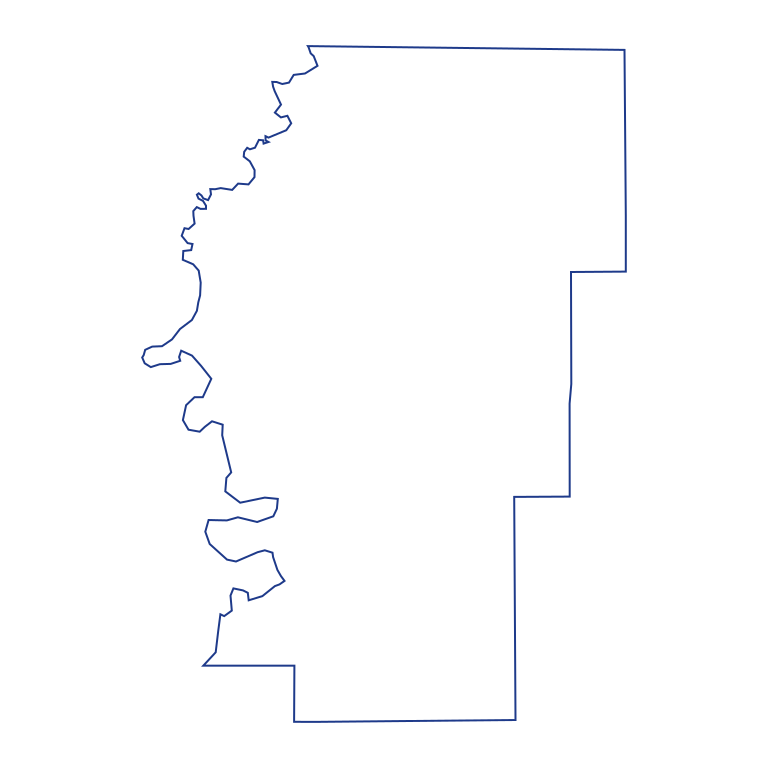 outline of Hale, Alabama, United States of America
{"feature_id": "52423323B74369514091215", "entity_name": "Hale", "entity_type": "district", "adm_level": 2, "iso_a3": "USA", "parent_name": "United States of America", "parent_adm1": "Alabama", "projection": "albers", "projection_center": [-87.768, 32.744], "detail": "fine", "context": "isolated", "style": "outline", "palette": "blue", "viewbox_px": 768, "rotation_deg": 0, "n_neighbors": 0, "source": "geoboundaries", "source_scale": "gbopen_adm2", "svg_char_len": 1888}
<svg xmlns="http://www.w3.org/2000/svg" viewBox="0 0 768 768"><path d="M307.9,46.1L308.6,47.3L310.7,53.4L313.7,56.1L317.5,65.8L305.0,73.5L293.7,74.9L289.0,82.6L282.2,84.0L276.6,82.0L272.3,81.9L273.1,86.7L274.7,91.2L281.0,104.6L274.9,112.6L280.9,117.4L287.4,115.8L291.2,123.3L286.3,130.2L268.5,137.6L265.5,136.2L265.6,140.4L268.5,142.0L263.6,143.6L263.1,140.3L258.9,139.9L255.0,147.7L249.9,149.3L247.2,147.8L244.2,151.8L243.7,156.6L249.8,161.3L254.6,170.1L254.5,177.1L248.5,184.4L238.1,183.6L232.2,189.9L220.7,188.1L215.2,189.2L210.3,189.1L211.0,194.4L208.1,200.1L203.3,198.4L201.5,195.5L198.7,193.3L196.9,194.7L198.5,198.6L203.0,200.9L206.0,205.7L206.0,208.8L200.5,208.9L196.8,207.1L193.3,211.1L193.5,215.8L194.6,223.6L188.6,229.0L184.5,228.2L181.7,235.8L187.6,243.1L192.5,244.0L191.2,250.1L183.3,251.0L182.8,259.8L193.2,264.3L198.7,270.6L200.7,282.6L200.1,295.4L198.3,302.3L196.9,310.8L191.9,320.0L180.0,329.0L172.0,339.4L162.0,346.2L152.2,346.6L145.2,349.8L143.7,355.1L142.2,357.5L144.7,363.3L150.8,367.1L159.9,364.2L170.7,363.9L180.2,360.8L179.1,357.0L181.2,350.7L192.0,355.6L201.1,365.9L211.3,378.8L202.8,397.2L194.5,397.2L186.1,405.2L182.9,420.1L188.5,429.7L199.7,431.7L204.9,426.8L212.0,421.3L222.7,424.7L222.2,435.3L231.2,472.4L226.4,477.9L225.3,491.4L240.2,502.7L264.8,497.6L277.8,498.9L276.9,508.7L273.3,516.3L257.1,522.0L237.9,517.3L226.9,520.4L216.3,520.2L208.6,520.0L205.3,531.7L209.7,544.0L227.0,559.6L236.0,561.5L257.6,552.2L264.8,550.3L272.5,552.7L273.1,557.1L277.4,569.9L280.9,576.0L284.5,580.9L279.5,584.4L274.9,586.1L262.4,596.1L248.7,600.3L247.8,592.8L243.0,590.4L233.4,588.4L230.5,595.6L231.8,610.6L224.2,616.1L220.4,614.3L218.2,631.2L215.7,652.3L203.3,665.7L294.4,665.7L294.1,721.8L313.9,721.9L515.5,720.0L514.2,496.9L569.7,496.6L569.6,403.6L571.3,384.0L571.0,272.0L625.8,271.6L625.8,215.5L624.5,49.9L307.9,46.1Z" fill="none" stroke="#1e3a8a" stroke-width="2"/></svg>